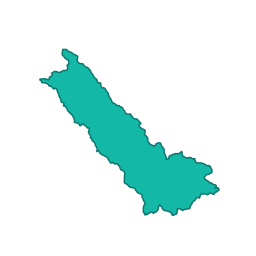 outline of Thung Hua Chang, Lamphun, Thailand, rotated 329°
{"feature_id": "78962969B85097268198325", "entity_name": "Thung Hua Chang", "entity_type": "district", "adm_level": 2, "iso_a3": "THA", "parent_name": "Thailand", "parent_adm1": "Lamphun", "projection": "robinson", "projection_center": [99.068, 18.004], "detail": "fine", "context": "isolated", "style": "filled", "palette": "teal", "viewbox_px": 256, "rotation_deg": 329, "n_neighbors": 0, "source": "geoboundaries", "source_scale": "gbopen_adm2", "svg_char_len": 5836}
<svg xmlns="http://www.w3.org/2000/svg" viewBox="0 0 256 256"><g transform="rotate(329 128 128)"><path d="M77.5,44.5L77.9,45.1L79.7,46.2L80.3,46.7L81.2,47.9L82.0,49.3L82.2,51.7L83.2,52.2L83.7,52.7L83.9,53.2L84.3,56.2L84.8,56.4L85.9,56.3L86.2,56.5L86.5,56.9L86.7,58.2L86.5,60.6L86.0,61.3L86.1,63.1L85.1,66.0L85.3,67.2L85.1,68.8L84.3,70.9L84.3,71.7L84.5,72.0L85.1,72.6L85.6,73.4L85.6,74.1L85.5,74.6L84.4,75.3L84.2,75.9L84.5,76.5L85.5,77.3L85.6,77.7L85.7,79.2L85.3,82.1L85.4,83.1L85.9,84.4L85.9,85.6L86.6,87.2L86.8,88.5L86.6,92.8L86.0,94.0L85.3,95.0L85.1,95.4L85.2,95.8L87.6,97.9L87.9,98.9L88.0,101.2L89.2,101.6L89.5,101.5L90.2,101.1L91.1,100.9L91.6,101.0L91.7,102.1L92.8,104.8L93.3,107.0L93.7,107.5L94.8,108.2L94.5,109.2L92.8,110.2L92.1,111.1L91.7,112.1L91.7,112.7L91.9,115.3L91.5,116.2L91.0,116.6L90.7,117.2L90.9,117.5L91.5,117.9L91.4,118.5L90.8,120.0L90.8,120.5L91.6,122.3L91.7,124.1L91.6,125.0L91.2,125.7L91.1,126.6L91.2,128.9L90.5,130.7L90.2,131.1L89.1,131.8L89.1,132.0L91.0,132.3L91.3,132.7L91.3,133.2L90.9,134.0L91.1,135.5L91.4,136.3L91.8,137.3L93.2,139.3L95.0,142.4L95.1,143.0L94.9,145.0L95.1,145.9L94.9,147.5L95.1,148.8L95.9,149.6L97.2,149.7L97.6,151.0L98.4,152.2L99.8,152.6L100.2,153.1L100.5,153.9L100.5,154.6L101.0,155.3L100.7,157.6L100.4,159.1L100.3,160.0L101.2,161.1L102.1,162.8L102.1,165.0L99.8,168.0L97.6,171.6L97.0,172.3L96.8,173.0L96.8,173.6L96.9,174.0L97.9,175.2L98.4,176.2L98.7,178.3L99.5,180.1L101.9,182.1L102.7,183.4L102.6,185.7L102.7,187.4L103.4,189.2L103.8,189.9L105.2,191.3L105.4,192.6L105.2,193.3L104.3,194.8L104.5,195.9L104.0,197.9L104.0,200.0L104.2,200.6L104.1,201.2L102.9,201.9L100.8,203.4L99.1,205.8L98.1,207.5L98.0,208.4L97.8,208.6L98.0,209.1L98.0,209.6L98.2,209.8L98.2,210.3L97.9,210.8L98.5,210.8L98.7,211.4L99.0,211.0L99.1,211.5L99.5,211.5L100.4,212.1L101.8,211.6L103.2,211.9L103.5,212.1L103.9,211.9L104.4,211.9L105.0,212.2L105.5,213.0L105.7,214.0L105.9,214.3L107.0,214.0L109.1,214.4L110.5,214.0L111.8,213.3L112.9,212.2L113.5,211.3L115.6,210.1L115.6,211.0L116.3,213.5L116.2,214.2L115.8,214.9L116.2,215.7L116.4,217.1L118.2,218.7L121.4,222.3L121.5,222.8L121.1,223.9L121.0,225.1L121.3,225.8L121.8,226.2L123.3,226.2L124.7,226.6L125.8,226.5L126.3,225.6L127.7,224.4L128.4,222.8L128.9,222.6L130.6,223.8L131.1,224.4L131.3,225.1L131.8,225.6L132.6,226.9L134.7,226.8L135.7,227.7L137.0,227.7L138.3,228.5L139.4,228.7L140.1,228.4L140.7,227.2L143.2,226.2L145.4,224.7L147.0,224.5L148.0,224.6L150.1,223.4L151.3,223.1L152.3,223.6L152.7,224.0L152.9,224.7L153.2,224.8L155.4,222.9L156.7,222.2L157.5,222.8L160.3,224.1L161.3,225.7L162.0,226.2L163.7,226.0L165.3,226.1L165.5,226.3L166.1,227.6L167.3,228.9L167.7,228.9L169.7,228.0L170.1,228.1L171.1,228.5L174.2,227.9L174.4,227.7L174.4,226.9L174.4,226.2L174.3,225.5L172.5,225.3L171.9,224.8L171.7,224.4L171.8,224.0L173.0,224.0L173.4,223.8L173.8,223.0L173.8,221.9L172.5,221.0L172.0,220.5L171.4,218.4L171.2,218.1L170.8,217.7L169.9,217.4L169.7,217.2L169.6,215.5L168.7,213.9L168.0,212.3L167.6,211.7L167.4,210.8L168.0,209.8L168.7,209.2L170.2,208.7L171.7,208.6L173.3,209.2L174.4,209.1L176.0,209.4L176.8,209.3L177.2,209.1L177.9,207.7L178.3,207.4L178.4,207.2L178.4,205.4L178.7,203.8L178.2,201.9L177.3,201.8L176.5,201.2L174.6,197.7L173.3,196.2L171.9,195.1L168.9,193.4L168.7,192.6L168.8,189.6L168.9,189.3L169.4,189.0L169.3,188.7L167.3,187.5L166.8,185.9L166.0,185.7L165.2,184.7L164.3,184.3L163.2,184.2L162.7,183.9L161.8,182.2L160.8,181.0L160.6,180.0L160.7,178.6L161.8,176.7L161.9,176.4L161.9,175.9L161.2,175.8L159.4,176.2L158.7,176.2L155.8,174.7L155.3,174.2L153.5,174.2L152.4,173.5L152.0,173.5L151.4,174.0L151.1,174.0L149.9,173.3L149.2,173.3L148.4,173.8L147.5,174.8L147.0,175.1L146.5,175.1L145.8,174.8L145.1,175.0L144.5,174.6L145.3,173.7L145.7,172.4L146.0,171.0L146.1,168.8L146.5,167.0L147.7,165.6L147.9,164.9L148.0,163.5L147.5,161.1L147.6,159.9L148.0,158.7L148.0,157.7L147.8,157.4L146.8,156.5L144.7,156.1L143.6,156.1L142.3,157.1L141.5,157.0L140.2,155.7L138.6,153.3L138.2,150.4L138.2,149.9L138.4,149.3L139.2,147.8L139.7,146.5L139.5,144.1L138.9,143.2L138.9,142.9L139.8,140.9L141.0,139.9L141.4,138.5L140.6,137.1L139.9,136.3L138.7,133.7L138.6,132.1L138.8,131.3L139.8,131.3L140.6,130.8L141.3,130.7L141.3,129.4L140.9,128.2L140.8,127.2L140.3,125.0L138.9,124.0L137.6,122.5L137.5,120.1L137.0,119.1L137.0,118.8L137.4,118.2L137.4,117.5L136.6,116.8L135.9,116.9L135.6,116.7L134.2,115.1L133.5,113.6L133.5,113.0L133.9,111.7L133.4,110.4L133.7,108.4L133.6,107.7L132.7,106.1L132.0,105.2L132.0,104.5L131.8,104.1L131.0,103.8L129.9,102.8L129.9,102.1L129.1,100.2L128.3,98.9L127.7,98.5L127.6,96.9L128.0,96.5L128.0,95.4L128.2,94.7L128.1,92.6L127.9,91.7L128.2,91.0L128.1,89.8L128.6,89.1L128.9,87.3L128.5,85.3L128.7,84.6L128.5,83.8L128.6,83.0L128.4,81.8L127.9,81.0L126.6,80.5L126.4,79.9L126.5,77.7L127.5,75.9L127.6,75.3L127.1,75.0L126.8,74.5L125.8,74.3L125.6,74.1L125.6,73.1L125.7,71.9L126.0,71.4L126.0,70.1L125.9,69.2L125.3,68.2L125.3,66.8L125.1,65.8L125.1,64.8L125.4,64.1L125.0,62.0L125.3,59.4L125.2,58.2L124.8,56.9L124.6,55.3L123.9,54.8L123.5,54.3L122.8,53.0L122.4,52.0L122.5,50.2L122.3,49.6L120.0,48.0L119.3,46.8L119.1,45.9L119.1,44.5L119.4,43.5L120.7,42.2L121.6,41.1L121.5,39.8L121.3,39.3L120.7,38.7L120.0,37.5L119.4,37.0L118.6,34.4L117.8,33.4L117.4,32.6L116.4,31.8L115.7,29.0L114.3,28.1L113.8,28.0L112.8,27.1L112.0,27.7L111.4,28.6L110.7,29.2L109.9,30.3L109.5,30.9L109.4,31.6L110.1,35.8L110.7,37.3L111.5,38.8L111.7,39.4L111.7,39.9L110.1,42.5L109.6,42.8L108.4,42.8L108.1,43.0L107.3,45.4L106.8,46.0L106.2,46.5L105.4,46.7L104.6,46.6L103.5,46.2L101.9,45.3L100.0,45.6L98.7,45.1L97.1,44.8L96.6,44.2L95.9,42.9L95.0,42.2L93.7,41.5L92.1,41.8L90.9,41.7L91.0,42.0L90.8,42.6L90.4,43.3L89.8,43.8L89.0,44.1L87.7,43.9L86.8,44.1L86.3,44.4L85.5,45.8L85.0,45.8L84.3,45.5L83.6,44.4L81.5,42.5L79.2,41.6L78.0,40.8L77.6,40.9L77.3,41.2L77.3,41.6L78.0,43.1L77.8,43.9L77.5,44.5Z" fill="#14b8a6" stroke="#0f766e" stroke-width="1.5"/></g></svg>